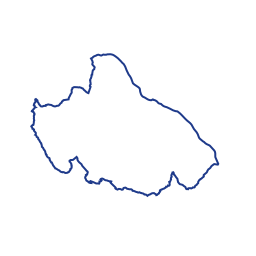 Cantá, Roraima, Brazil, rotated 109°
{"feature_id": "56859067B96809433699135", "entity_name": "Cantá", "entity_type": "district", "adm_level": 2, "iso_a3": "BRA", "parent_name": "Brazil", "parent_adm1": "Roraima", "projection": "natural_earth1", "projection_center": [-60.462, 2.296], "detail": "fine", "context": "isolated", "style": "outline", "palette": "blue", "viewbox_px": 256, "rotation_deg": 109, "n_neighbors": 0, "source": "geoboundaries", "source_scale": "gbopen_adm2", "svg_char_len": 5929}
<svg xmlns="http://www.w3.org/2000/svg" viewBox="0 0 256 256"><g transform="rotate(109 128 128)"><path d="M94.5,104.6L94.7,106.4L94.6,107.2L94.1,108.2L93.5,109.2L93.0,111.0L93.0,112.7L93.2,113.2L92.9,113.8L94.2,115.1L94.4,115.9L94.6,117.1L94.5,118.7L93.7,122.3L93.6,123.9L93.2,125.0L92.1,126.5L89.7,128.3L87.5,129.4L86.8,129.9L86.1,131.3L84.8,136.2L84.1,137.9L80.0,141.2L78.4,143.0L77.3,144.7L74.1,147.9L70.8,150.7L69.0,152.8L68.1,154.9L67.3,156.2L65.3,160.3L64.4,163.0L63.9,164.9L63.7,166.3L63.9,168.3L64.8,170.8L65.1,171.5L65.9,172.6L66.4,174.1L66.6,175.3L68.1,176.7L68.3,177.4L68.3,179.7L68.6,180.3L69.1,181.1L69.6,181.4L70.5,182.5L70.9,182.9L71.5,183.6L72.4,184.2L73.1,184.4L74.3,185.6L76.1,183.6L77.6,182.6L78.1,182.7L79.4,182.5L79.7,182.2L81.2,179.5L81.7,179.2L82.6,179.3L83.4,179.1L84.7,179.9L85.2,180.0L88.3,179.5L89.2,179.2L89.5,179.7L90.6,179.6L91.3,179.2L92.6,179.3L93.2,179.2L94.2,179.5L95.3,179.4L95.7,178.9L96.7,178.7L97.3,178.2L99.0,177.5L99.4,177.8L99.9,177.9L100.6,177.8L101.0,177.6L101.3,176.8L107.9,176.8L107.9,177.7L107.4,179.6L106.7,180.9L106.4,181.9L105.3,183.7L105.4,184.6L105.2,185.3L105.3,187.3L105.7,187.8L106.0,189.4L106.9,192.3L108.3,193.6L109.5,193.4L110.4,193.7L112.7,192.8L113.8,192.9L114.5,193.2L117.3,193.5L118.5,193.8L120.3,193.5L122.7,198.1L123.1,198.1L124.5,199.1L125.6,199.0L126.8,199.9L128.7,200.5L129.5,201.0L130.0,201.9L130.2,202.5L131.0,203.4L131.4,204.1L131.6,205.7L131.2,208.1L131.5,209.5L131.7,211.2L132.5,212.1L132.8,212.8L133.1,213.2L133.9,213.1L133.9,213.5L134.6,214.7L134.7,215.2L135.1,215.4L135.6,216.1L135.9,217.3L135.6,218.1L135.2,218.4L135.1,219.0L134.7,219.3L134.3,220.1L133.5,220.8L132.9,221.5L132.7,222.2L132.0,222.6L131.4,222.6L130.6,224.5L131.2,225.0L131.8,224.8L132.1,224.4L132.7,224.3L133.2,224.1L134.1,224.1L134.5,224.4L135.3,224.6L135.7,224.4L136.1,224.6L137.2,224.5L137.6,223.3L138.2,223.2L138.5,222.7L138.6,222.2L139.0,222.7L139.4,222.9L140.4,223.1L141.1,223.6L141.9,223.7L143.0,224.4L143.5,224.4L143.7,223.5L143.5,222.7L144.5,221.7L144.7,221.2L145.3,220.9L145.6,221.2L146.5,220.8L147.2,221.0L149.0,220.2L149.8,220.1L150.7,219.5L151.2,219.4L151.5,219.1L152.3,219.2L153.6,218.8L155.4,218.5L155.9,218.5L156.1,219.1L157.6,219.9L158.1,219.9L158.4,219.2L159.1,218.4L159.8,218.2L159.9,217.5L159.8,217.1L160.0,216.4L160.8,216.3L161.2,216.0L162.5,213.7L163.6,213.2L164.1,213.2L164.6,213.4L164.6,212.9L165.5,211.8L166.1,211.5L166.3,211.0L166.3,210.2L166.9,209.5L167.5,209.4L167.9,209.0L168.5,207.7L168.9,207.5L169.7,206.7L170.7,205.1L171.2,205.0L171.5,204.5L173.0,203.6L173.8,203.3L174.4,201.8L174.9,201.5L175.3,200.9L175.9,200.5L176.1,199.8L177.1,198.7L178.5,197.9L179.2,197.1L179.8,197.0L179.9,196.2L180.8,195.8L181.6,194.7L181.8,194.1L182.0,193.6L182.0,192.6L183.0,191.8L183.5,191.8L185.6,189.4L185.4,188.9L185.9,188.3L186.6,187.8L186.9,187.3L187.5,186.9L188.2,186.0L188.4,185.4L189.2,184.6L189.5,183.9L189.9,183.6L189.8,182.7L190.5,180.0L190.5,179.1L191.2,177.7L191.3,176.8L191.2,175.5L190.8,175.2L190.7,173.9L190.9,173.1L190.8,172.2L189.9,170.5L189.3,170.3L189.1,169.9L188.7,169.5L187.2,169.2L186.8,168.9L185.6,169.2L185.1,168.6L184.1,168.4L183.6,168.6L183.1,168.5L182.1,169.2L181.6,169.1L181.0,169.7L180.5,169.8L179.1,171.4L178.8,172.3L177.9,172.6L176.9,171.7L176.5,170.5L176.0,169.6L172.1,167.2L173.1,165.9L173.8,165.8L174.4,165.4L174.8,165.2L175.4,164.5L176.3,163.0L177.4,160.2L178.7,158.9L181.4,154.1L181.8,153.6L182.4,152.0L183.4,151.5L184.2,151.7L185.1,151.5L186.0,152.4L186.5,151.9L187.4,152.4L187.8,152.3L188.4,152.5L189.2,152.2L190.0,151.3L191.2,150.3L191.4,149.6L191.6,148.4L192.2,147.5L192.3,145.9L192.1,145.2L191.5,146.1L190.9,146.5L190.4,146.2L190.5,142.9L190.8,140.1L190.3,138.6L190.0,137.2L189.4,137.1L187.9,137.6L187.6,136.8L187.1,136.2L186.3,135.9L185.7,137.3L185.2,137.2L184.5,136.5L184.2,135.9L184.2,134.9L184.7,132.7L184.7,132.1L184.4,130.8L184.5,129.9L184.4,128.0L184.0,127.0L184.0,126.4L184.9,126.5L185.3,126.7L185.6,126.3L188.1,120.9L188.5,120.2L189.2,120.3L189.5,119.8L189.5,118.9L189.7,118.0L189.3,117.5L188.7,117.1L188.5,116.6L188.2,115.2L188.4,113.7L187.9,112.9L186.9,112.7L186.3,112.7L185.9,112.3L185.2,111.0L185.3,110.3L185.8,109.0L185.6,108.3L185.5,106.9L185.1,105.7L184.9,104.8L185.2,103.8L185.9,103.2L185.6,102.0L185.7,100.3L185.8,99.3L185.6,98.0L185.8,97.4L185.0,96.1L185.3,95.2L185.1,94.1L185.2,93.6L185.0,92.6L185.1,91.6L185.5,91.1L185.5,90.5L185.1,89.5L185.8,87.5L184.6,86.9L183.9,85.8L183.5,85.6L183.2,85.1L182.3,84.5L181.5,83.3L181.1,82.1L181.4,81.6L181.4,80.4L181.7,79.9L182.3,79.4L181.9,78.8L180.5,78.1L180.1,77.6L179.6,77.4L179.2,77.6L177.6,76.9L177.1,77.4L176.6,77.5L176.1,77.2L175.8,76.6L175.2,76.4L174.9,75.7L173.9,74.8L173.5,74.1L172.6,73.5L172.3,73.1L171.1,72.9L171.0,72.2L170.7,71.9L170.0,71.5L169.4,71.5L169.4,70.9L169.0,70.2L168.4,70.1L167.5,70.3L165.8,71.3L165.7,70.8L163.3,70.7L162.8,70.5L161.5,71.1L160.3,71.1L159.9,70.8L159.5,71.0L158.7,71.6L157.6,71.6L157.2,71.4L156.8,71.5L156.3,71.3L155.6,71.5L155.1,70.8L155.4,70.4L155.9,69.9L156.7,69.8L157.1,69.4L157.4,68.4L157.8,67.9L158.6,66.9L160.0,64.7L161.5,63.9L162.0,63.5L162.7,63.2L163.8,61.6L164.2,60.7L164.0,57.9L164.6,56.5L165.0,54.9L165.3,54.3L166.5,53.4L166.7,52.7L166.3,51.4L165.8,51.6L165.3,51.2L164.6,49.5L164.6,48.6L163.8,47.7L163.0,47.3L162.8,46.2L162.3,45.7L161.1,45.7L160.5,45.5L159.5,44.6L158.6,44.4L157.3,43.7L156.1,44.1L154.1,43.7L153.1,42.9L152.6,42.9L152.1,42.2L150.2,41.2L149.7,40.7L148.8,40.6L148.3,41.0L147.7,41.1L144.6,39.2L143.4,38.9L142.7,39.0L140.8,38.5L140.3,38.0L138.9,37.2L136.9,36.7L134.3,35.0L134.0,34.6L133.5,31.6L133.3,31.1L132.5,31.0L127.6,35.5L127.0,36.0L123.4,37.3L122.1,38.1L121.2,39.1L118.1,44.8L117.9,45.6L117.6,48.6L117.1,50.2L116.5,51.4L116.2,52.8L114.7,56.7L114.0,57.7L111.1,60.1L109.7,61.7L107.5,65.3L104.1,69.1L103.2,70.7L102.6,72.2L101.8,74.4L100.7,76.8L98.3,81.4L97.3,83.5L96.2,86.6L96.6,88.7L96.6,91.2L96.1,94.4L95.7,98.1L95.8,100.0L95.7,101.6L95.2,103.1L94.5,104.6Z" fill="none" stroke="#1e3a8a" stroke-width="2"/></g></svg>